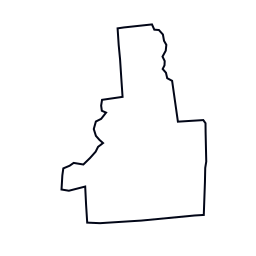 Morro Reuter, Rio Grande do Sul, Brazil, rotated 259°
{"feature_id": "56859067B6764264702080", "entity_name": "Morro Reuter", "entity_type": "district", "adm_level": 2, "iso_a3": "BRA", "parent_name": "Brazil", "parent_adm1": "Rio Grande do Sul", "projection": "natural_earth1", "projection_center": [-51.038, -29.513], "detail": "fine", "context": "isolated", "style": "outline", "palette": "ink", "viewbox_px": 256, "rotation_deg": 259, "n_neighbors": 0, "source": "geoboundaries", "source_scale": "gbopen_adm2", "svg_char_len": 816}
<svg xmlns="http://www.w3.org/2000/svg" viewBox="0 0 256 256"><g transform="rotate(259 128 128)"><path d="M117.9,205.0L121.4,203.4L124.7,178.2L165.9,180.3L169.4,176.0L175.0,175.8L179.3,173.3L182.6,175.8L186.7,176.8L191.5,175.5L196.7,179.8L202.3,181.5L206.7,180.0L213.1,180.1L218.3,177.0L219.5,172.6L225.1,171.3L227.5,143.1L227.8,136.8L211.3,134.7L196.8,133.3L176.4,130.7L159.6,128.6L160.6,107.9L155.1,105.9L149.9,105.6L147.3,109.4L142.1,103.4L140.5,97.7L133.5,94.2L126.4,95.0L121.8,97.7L118.0,100.6L115.2,95.0L110.9,91.7L105.8,85.0L100.7,77.2L104.1,68.0L102.1,63.5L100.7,56.8L94.0,54.5L80.3,51.0L77.7,58.0L78.7,74.8L60.6,72.2L42.9,69.9L39.9,82.4L39.1,88.7L35.6,115.7L34.6,123.2L29.4,176.8L28.2,185.8L60.2,193.2L74.1,196.2L80.1,198.4L109.2,203.4L117.9,205.0Z" fill="none" stroke="#020617" stroke-width="2"/></g></svg>